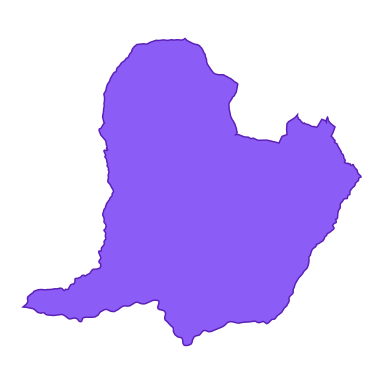 Arboleda, Nariño, Colombia (Mercator projection)
{"feature_id": "7082276B56257511215317", "entity_name": "Arboleda", "entity_type": "district", "adm_level": 2, "iso_a3": "COL", "parent_name": "Colombia", "parent_adm1": "Nariño", "projection": "mercator", "projection_center": [-77.132, 1.483], "detail": "fine", "context": "isolated", "style": "filled", "palette": "violet", "viewbox_px": 384, "rotation_deg": 0, "n_neighbors": 0, "source": "geoboundaries", "source_scale": "gbopen_adm2", "svg_char_len": 5977}
<svg xmlns="http://www.w3.org/2000/svg" viewBox="0 0 384 384"><path d="M361.0,177.0L360.8,176.1L358.2,173.6L357.2,171.3L357.2,170.2L355.0,167.9L353.9,166.3L353.3,164.7L352.6,164.6L352.1,165.2L351.2,165.4L350.5,165.0L350.4,164.2L350.1,163.9L348.7,163.8L347.9,163.2L347.3,163.6L344.6,162.6L344.5,161.7L345.2,160.9L345.2,160.1L344.0,158.3L343.3,154.9L341.5,153.3L341.3,151.9L337.8,145.9L337.1,143.9L334.5,142.4L334.4,141.7L335.1,141.0L335.0,140.4L333.6,139.0L332.9,137.8L331.2,136.2L333.1,132.4L335.0,126.9L331.1,123.9L329.1,121.7L328.3,120.2L327.8,117.6L327.5,117.2L326.5,119.1L326.3,122.0L325.8,121.1L324.9,120.5L321.8,119.3L318.0,125.8L316.6,127.4L314.4,126.6L312.0,126.5L307.9,124.4L305.4,124.0L304.3,123.0L303.5,123.5L303.1,123.3L301.0,121.4L299.9,119.7L298.5,119.2L298.4,118.0L297.4,116.6L297.5,114.7L295.6,117.0L294.2,118.2L288.7,121.6L287.0,123.6L286.6,129.2L287.0,134.6L282.4,136.2L281.8,136.8L279.0,143.0L267.8,140.3L266.1,140.1L258.0,140.3L253.2,138.1L252.0,138.5L250.7,138.6L248.4,137.2L244.3,136.9L238.2,134.5L235.8,134.7L236.4,134.1L237.1,132.6L237.1,131.8L236.6,130.7L236.5,129.0L234.9,124.1L233.3,121.2L232.2,119.6L230.7,116.4L229.2,109.3L228.9,104.7L229.1,103.2L229.6,102.1L231.9,98.8L232.5,97.2L234.5,95.6L234.9,94.1L236.0,92.7L236.5,90.8L237.8,84.1L236.6,82.9L234.1,81.5L233.3,80.6L230.4,78.4L228.6,77.8L227.6,76.9L225.4,76.0L223.7,74.8L218.3,74.7L215.0,73.9L213.4,72.8L210.8,69.4L207.4,64.2L206.7,62.1L206.5,59.5L205.4,56.6L205.1,54.4L203.8,52.5L202.7,49.9L201.8,48.4L199.4,45.7L197.5,44.6L195.5,44.4L192.9,43.5L188.6,41.3L187.1,40.5L185.0,38.5L183.3,39.6L181.6,40.1L177.3,39.7L173.9,40.1L171.6,39.7L167.7,40.4L163.4,39.9L159.5,40.4L157.1,40.5L156.4,40.2L149.5,42.6L147.1,44.1L143.3,43.8L136.9,44.5L134.1,46.8L132.4,49.1L131.8,50.5L131.9,51.4L129.8,53.9L128.1,57.4L127.6,57.9L126.3,58.3L124.6,60.7L121.7,62.7L120.6,64.0L119.7,65.6L117.3,67.7L116.6,69.3L116.4,70.8L115.9,71.8L114.2,72.4L112.6,74.7L110.5,78.3L109.5,81.3L107.4,84.4L106.3,88.0L105.9,90.5L104.0,93.6L103.9,94.3L104.5,97.4L104.5,100.5L104.0,103.5L104.2,106.3L103.6,109.0L103.4,112.4L102.8,115.1L102.6,117.4L103.2,119.1L103.7,121.9L104.1,122.1L104.5,122.9L103.5,123.9L101.3,127.8L100.6,128.5L99.4,128.9L99.0,130.3L100.8,135.0L105.6,140.6L106.2,143.3L106.3,144.7L107.1,146.3L107.1,147.0L106.5,148.1L106.5,148.7L107.5,149.4L107.7,149.8L107.5,150.2L106.0,150.5L104.5,150.2L104.0,150.6L104.1,151.7L105.7,155.0L105.8,155.5L105.0,156.2L104.9,157.0L106.4,158.9L107.0,162.4L107.5,163.5L107.6,164.1L107.1,165.3L107.1,165.9L108.7,168.4L108.2,169.7L109.1,171.7L108.1,175.3L108.5,177.7L107.9,179.9L107.8,181.3L108.0,182.1L110.2,184.6L111.8,187.8L113.1,189.8L113.5,191.8L112.2,193.6L112.1,195.5L111.9,196.0L110.1,197.9L109.4,199.7L106.6,203.5L106.4,204.5L105.6,206.1L105.6,207.2L105.0,208.5L104.1,209.3L102.8,214.0L102.8,215.4L103.6,216.9L104.2,218.9L104.0,222.2L105.4,223.9L106.0,225.3L106.0,226.7L105.7,227.8L104.9,229.3L104.0,230.0L104.1,230.7L105.0,231.7L105.7,233.3L105.3,236.2L106.0,238.8L104.7,240.3L104.0,241.6L104.3,243.3L104.1,244.6L103.0,246.1L101.7,247.4L101.4,248.2L101.2,251.0L100.8,251.3L99.2,251.0L98.8,251.2L98.7,252.0L98.9,252.9L100.8,257.5L100.6,258.7L98.9,261.2L99.2,262.7L100.3,263.4L100.6,263.9L100.7,266.3L99.8,268.0L99.0,268.4L96.1,269.2L93.3,269.2L91.9,270.2L89.7,273.5L87.1,274.7L85.4,276.0L84.8,276.0L84.1,275.2L83.0,275.2L82.0,275.5L80.6,277.2L79.2,277.6L78.1,278.3L75.9,278.4L75.2,278.7L75.0,279.2L75.0,281.3L74.4,283.2L74.0,283.7L71.2,284.5L70.5,285.0L68.1,289.4L66.6,289.5L65.6,289.3L64.3,290.6L63.7,290.4L62.1,288.6L60.5,288.1L57.2,288.8L54.4,288.8L51.5,289.4L46.7,289.6L45.1,289.9L41.6,289.5L38.3,289.7L33.9,291.3L33.1,292.6L31.5,293.7L27.9,296.7L27.4,298.3L27.9,301.2L27.3,302.8L26.3,304.2L23.0,307.0L27.1,307.4L33.0,308.7L34.5,309.5L37.3,312.1L38.3,312.6L41.0,313.2L42.7,312.7L43.8,312.6L45.8,314.4L47.1,314.9L53.6,315.5L62.0,314.4L64.3,315.4L68.8,318.8L70.4,318.9L74.3,318.0L76.0,318.2L77.2,318.9L79.3,321.4L80.5,321.7L81.6,321.4L82.7,318.4L83.5,317.7L84.8,317.3L92.8,317.2L95.1,316.9L97.9,315.2L100.2,312.0L104.6,309.6L106.8,309.4L110.9,311.3L113.7,311.6L114.5,311.5L118.5,309.3L120.2,307.9L122.5,306.4L124.8,305.8L127.0,306.1L129.7,305.9L135.8,302.2L137.5,302.2L141.2,303.7L144.0,303.9L145.8,303.5L152.4,300.6L154.3,300.1L157.2,300.4L158.4,300.7L158.8,301.2L158.9,301.9L158.9,303.2L157.7,307.1L158.0,308.6L159.0,309.4L163.6,310.5L164.9,311.7L165.6,313.3L165.4,314.9L164.7,317.2L164.8,318.9L165.2,320.0L167.3,321.8L171.1,326.0L172.6,327.1L173.3,328.0L173.4,331.5L174.9,334.6L177.6,336.8L181.1,337.7L182.0,338.3L182.5,339.1L183.0,343.4L183.8,344.8L184.3,345.3L185.0,345.5L187.4,345.4L188.8,345.1L190.9,344.1L191.4,343.6L191.9,342.6L192.7,339.5L194.1,336.9L195.9,335.8L198.3,335.4L199.6,334.9L202.3,331.6L203.3,330.8L204.6,330.5L205.8,330.6L208.5,331.7L211.1,331.5L222.6,326.7L224.6,325.4L227.4,322.6L228.8,322.0L230.2,321.7L232.0,321.7L236.9,322.9L238.9,323.1L243.5,322.2L249.3,321.9L254.2,321.2L255.5,321.3L257.7,322.5L259.2,322.7L263.3,321.4L266.7,323.7L268.6,322.7L271.9,319.4L274.5,319.1L275.0,318.8L277.3,315.7L281.6,312.4L284.4,307.9L286.8,305.9L287.0,304.9L288.4,302.8L289.1,301.1L289.2,300.2L288.9,297.8L290.2,295.9L292.8,293.5L293.2,292.5L293.1,289.7L294.4,286.7L295.1,284.1L296.8,281.1L298.9,277.7L301.4,275.1L303.1,272.8L303.9,271.3L307.1,268.1L308.0,265.9L308.7,263.3L309.0,260.7L308.9,257.2L309.2,256.6L310.4,255.1L310.7,253.5L311.9,250.1L313.0,248.6L315.2,247.1L316.6,245.3L316.5,244.3L318.6,243.6L322.9,240.8L323.4,240.1L323.4,239.7L324.0,239.3L324.8,236.9L326.7,235.3L327.1,233.6L329.3,232.6L333.5,229.2L334.1,228.0L332.7,225.7L333.0,224.9L333.9,223.7L336.2,222.5L336.1,220.6L335.7,219.3L336.9,218.8L337.5,218.0L337.9,212.8L338.6,210.2L340.2,208.0L340.3,203.8L342.5,201.3L343.7,199.4L344.7,198.7L346.9,198.6L347.4,198.2L347.7,196.1L348.2,195.1L349.7,194.7L349.9,194.4L350.0,191.2L350.2,190.7L352.6,187.6L354.5,186.1L354.9,185.5L355.5,183.2L357.0,181.6L358.4,180.6L358.8,178.3L359.6,177.6L361.0,177.0Z" fill="#8b5cf6" stroke="#5b21b6" stroke-width="1.5"/></svg>